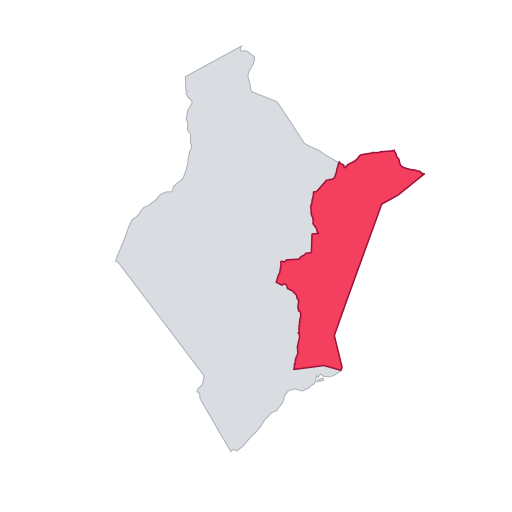 Kenya, with North-Eastern highlighted, rotated 20°
{"feature_id": "KEN-893", "entity_name": "North-Eastern", "entity_type": "Province", "adm_level": 1, "iso_a3": "KEN", "parent_name": "Kenya", "parent_adm1": "", "projection": "natural_earth1", "projection_center": [39.831, 1.103], "detail": "fine", "context": "in_parent", "style": "filled", "palette": "rose", "viewbox_px": 512, "rotation_deg": 20, "n_neighbors": 0, "source": "natural_earth", "source_scale": "10m", "svg_char_len": 7832}
<svg xmlns="http://www.w3.org/2000/svg" viewBox="0 0 512 512"><g transform="rotate(20 256 256)"><path d="M125.8,308.9L125.7,302.5L126.5,286.1L126.4,271.7L127.1,264.5L130.2,260.0L131.6,256.7L132.6,252.0L134.2,248.3L137.9,245.2L138.5,243.5L142.4,238.4L144.7,231.8L146.4,229.5L148.6,227.4L150.2,226.3L152.7,225.3L154.7,224.6L155.0,224.1L155.2,223.0L154.6,219.0L155.4,217.6L156.8,214.9L158.3,212.3L159.7,210.7L160.5,209.1L160.9,206.2L160.9,204.1L160.9,200.8L160.5,193.2L158.8,186.9L157.8,179.8L158.6,177.5L157.3,173.3L156.6,173.1L155.6,172.2L154.3,168.3L153.3,164.7L152.6,163.8L148.3,160.7L146.1,153.3L143.7,151.6L142.3,144.3L142.1,142.2L143.5,134.9L143.4,133.3L141.9,131.7L137.8,130.1L134.5,127.1L134.9,126.1L135.2,125.0L133.4,124.2L128.3,111.7L134.9,104.2L141.5,96.6L150.0,87.0L157.8,78.1L164.6,70.5L170.6,63.7L170.4,65.0L170.4,66.7L171.2,67.8L172.4,68.5L174.1,67.7L175.6,66.7L177.1,66.5L186.1,69.3L187.6,71.8L187.5,74.4L187.9,76.4L187.2,78.3L186.4,84.2L186.7,89.5L189.3,93.5L191.8,96.6L193.7,101.0L195.1,102.4L197.0,103.1L203.2,103.3L212.4,103.5L221.2,103.8L222.0,103.9L223.9,104.5L232.0,110.4L239.4,115.9L245.7,120.6L251.8,125.2L257.8,129.6L262.4,133.3L266.9,134.4L274.3,135.0L279.4,135.2L284.1,136.7L291.1,138.2L296.4,138.9L299.5,139.7L308.3,140.6L309.8,140.1L313.6,136.0L318.0,129.3L319.7,125.7L325.3,122.0L335.1,116.9L342.1,113.3L349.8,109.7L353.3,112.9L358.1,117.9L360.3,120.4L362.0,121.5L364.6,122.2L367.8,122.2L369.6,122.1L373.1,121.4L381.5,120.8L386.3,120.9L382.3,127.5L377.4,135.5L368.6,150.2L361.8,157.9L356.7,163.8L356.3,164.8L356.3,171.3L356.4,187.2L356.5,219.1L356.6,250.9L356.7,282.7L356.7,298.6L356.8,304.0L361.2,310.7L365.6,317.2L371.4,325.8L374.5,330.5L375.0,332.0L374.8,335.1L370.1,341.6L366.2,344.6L360.9,346.0L359.4,345.7L357.3,344.8L356.5,346.3L355.9,348.7L354.7,348.2L353.9,347.5L354.4,351.8L354.9,353.9L354.1,356.8L351.6,359.3L351.4,361.4L345.8,367.0L338.0,367.6L333.9,370.4L332.1,372.6L330.7,377.6L331.2,385.1L329.0,390.9L328.6,393.9L324.5,397.6L322.8,401.1L321.4,404.6L320.3,406.2L318.9,414.1L317.0,418.9L316.5,420.5L316.1,421.9L314.6,424.7L313.7,426.7L313.0,427.9L308.2,440.2L304.5,445.8L301.6,445.1L299.6,447.3L299.4,448.3L298.4,447.7L296.0,445.7L291.0,441.5L285.9,437.4L280.9,433.2L275.9,429.0L270.9,424.8L265.9,420.7L260.9,416.5L255.9,412.3L253.0,409.9L251.7,408.4L250.6,405.5L250.1,404.8L248.8,403.9L247.2,403.7L246.8,403.2L246.8,401.8L247.3,399.8L249.2,395.9L249.4,393.7L249.0,391.1L248.4,387.0L247.9,386.1L244.6,384.0L237.7,379.5L230.7,375.0L223.7,370.5L216.8,366.0L209.8,361.5L202.9,357.0L195.9,352.5L188.9,348.0L182.0,343.5L175.0,339.0L168.1,334.5L161.1,330.0L154.1,325.5L147.2,321.0L140.2,316.6L133.3,312.1L130.7,310.4L128.3,308.9L125.8,308.9ZM357.3,352.6L356.1,352.9L356.7,350.8L360.3,348.0L361.7,348.6L362.0,349.3L361.9,349.8L361.3,350.4L357.3,352.6Z" fill="#d9dde1" stroke="#a8b0b8" stroke-width="1"/><path d="M349.7,109.3L350.4,110.4L352.4,111.9L353.2,113.0L353.8,114.2L354.1,114.5L354.7,114.9L356.2,115.5L356.8,115.9L357.6,116.8L359.7,120.2L361.2,121.5L362.7,122.2L364.5,122.4L367.8,122.2L371.4,122.0L373.1,121.5L373.9,121.4L376.6,120.7L377.1,120.7L377.9,121.1L378.4,121.2L378.9,121.1L380.3,120.2L381.8,120.8L383.2,121.6L384.7,122.0L386.3,120.9L383.6,125.4L380.8,130.0L378.1,134.5L375.4,139.1L373.7,141.8L372.0,144.6L370.3,147.4L368.6,150.2L365.9,153.3L363.3,156.4L360.6,159.4L357.9,162.5L356.8,163.8L356.3,164.8L356.3,166.9L356.4,171.7L356.4,176.8L356.4,179.6L356.4,183.6L356.4,187.7L356.4,191.7L356.4,195.7L356.4,200.4L356.4,205.1L356.4,209.9L356.4,214.6L356.4,219.3L356.4,224.0L356.4,224.7L356.4,228.7L356.4,233.5L356.4,238.2L356.4,242.9L356.4,247.6L356.4,252.3L356.4,257.0L356.4,261.8L356.4,266.5L356.4,271.2L356.5,274.3L356.5,276.9L356.5,279.4L356.6,283.5L356.6,287.6L356.7,291.7L356.7,295.8L356.7,298.5L356.8,301.1L356.8,304.0L357.6,305.2L358.5,306.5L359.3,307.7L360.1,309.0L361.7,311.4L363.4,313.9L365.2,316.6L366.7,318.8L368.3,321.2L370.0,323.7L371.6,326.2L373.3,328.6L374.5,330.5L374.9,331.3L375.0,332.0L374.9,334.4L357.5,335.7L357.3,335.7L332.1,348.8L330.3,349.6L330.2,348.9L330.2,348.6L330.3,348.3L330.2,347.7L329.7,346.6L329.3,344.5L329.0,344.0L329.2,343.8L329.4,343.6L329.5,343.4L329.3,342.9L329.0,341.1L328.9,340.8L328.5,340.4L328.4,340.1L328.4,339.8L328.5,339.4L328.6,339.1L328.4,337.4L328.4,336.7L328.5,336.6L328.7,336.3L328.8,336.0L328.8,335.9L328.6,334.9L328.5,332.5L328.3,331.9L327.8,331.4L327.6,331.0L326.2,327.7L326.0,327.4L325.9,327.0L325.7,324.6L325.4,323.2L325.2,321.8L325.0,318.6L324.6,317.1L323.9,316.1L323.8,315.3L323.4,314.6L322.8,314.0L322.1,314.0L322.4,313.3L322.5,313.0L322.8,312.7L322.3,312.1L321.1,309.4L320.9,308.4L320.7,307.7L320.3,306.9L320.3,306.2L320.3,305.9L319.8,304.2L319.7,303.9L319.8,303.6L319.8,303.3L319.9,302.8L319.7,302.8L319.4,302.8L319.3,302.5L319.2,301.3L318.8,300.0L318.7,299.5L319.0,298.9L318.7,298.6L318.7,298.0L318.7,297.4L318.7,297.1L317.7,295.4L317.6,294.8L317.4,294.2L317.1,293.8L316.7,293.5L316.2,293.3L315.4,293.2L315.0,293.0L314.9,292.7L314.0,291.6L313.8,291.6L313.8,291.0L313.7,290.6L313.4,290.3L313.1,290.2L312.8,289.6L311.6,284.2L311.1,283.3L310.6,282.9L310.5,282.7L310.2,282.1L310.0,281.9L309.7,281.7L309.2,281.8L308.9,281.6L308.5,280.6L308.3,280.2L307.9,279.9L307.6,279.3L307.2,278.8L306.6,278.5L306.2,278.2L305.1,277.9L304.9,277.9L304.8,277.7L304.6,277.4L304.3,277.3L303.4,277.1L303.0,276.8L302.7,276.5L302.2,276.2L301.5,276.1L300.8,276.3L300.2,276.4L299.6,276.0L296.8,275.9L295.1,273.5L294.7,273.1L294.4,272.8L294.3,272.6L294.0,272.5L293.0,272.5L292.0,272.8L291.5,273.0L291.1,273.2L290.9,273.6L290.7,274.1L290.4,274.5L290.0,274.6L283.9,273.6L283.6,265.7L283.9,264.9L284.0,264.7L284.0,264.4L283.9,263.0L282.1,254.2L281.4,253.5L281.3,253.4L281.2,253.2L281.3,253.0L281.4,252.7L281.5,252.6L282.2,252.1L282.3,252.1L282.5,252.0L284.5,251.7L284.8,251.6L285.0,251.4L285.5,250.5L285.9,249.5L286.0,249.3L286.1,249.2L286.3,249.1L286.5,249.0L297.3,244.3L297.5,244.1L297.6,243.9L297.7,243.4L297.7,243.1L298.1,242.2L299.0,240.7L299.5,240.1L300.2,239.5L300.6,239.1L301.0,238.5L302.0,236.4L302.2,236.1L306.1,234.4L306.5,234.2L306.7,233.6L306.7,233.4L301.3,216.7L301.2,216.3L301.4,216.0L301.8,215.8L306.9,213.4L306.9,213.2L306.2,212.8L306.1,212.7L305.9,212.6L305.7,212.3L305.6,212.2L305.3,212.1L305.1,212.0L305.0,211.9L304.2,210.9L304.1,210.6L304.0,210.4L303.9,210.2L303.8,209.9L303.5,209.6L303.3,209.4L301.3,208.1L301.1,207.9L300.6,207.4L300.0,207.0L299.2,206.7L298.9,206.5L298.5,205.9L298.4,205.8L298.3,205.6L298.2,205.5L297.9,203.8L297.6,203.0L297.4,202.8L297.1,202.3L297.0,202.2L296.9,202.0L296.6,201.3L296.3,200.7L296.2,200.5L295.7,200.0L294.6,199.2L294.4,198.9L293.0,196.6L292.1,194.3L291.6,192.7L291.4,192.4L291.2,192.1L291.0,191.9L290.9,191.8L290.7,191.2L290.5,190.9L290.3,190.6L290.3,190.2L290.3,189.6L290.4,188.4L290.4,187.5L290.3,187.3L290.1,185.9L290.1,185.7L289.9,185.3L289.5,183.0L289.4,180.9L289.0,178.6L288.5,177.5L288.3,176.9L288.3,176.7L288.3,176.4L288.3,176.2L288.4,175.9L288.8,175.7L290.6,175.1L291.2,173.9L295.3,163.4L295.5,163.3L295.7,163.1L295.7,162.3L295.7,161.8L295.8,161.5L295.9,161.3L296.1,160.9L296.3,160.7L296.5,160.6L296.7,160.4L297.6,160.2L297.9,160.0L298.1,159.9L298.7,159.2L298.9,159.0L299.2,158.8L300.9,158.2L301.2,158.0L301.4,157.8L301.8,157.2L301.9,156.9L302.6,156.4L302.7,156.2L302.8,155.9L302.9,155.3L302.9,150.3L302.6,148.1L302.3,146.8L301.9,139.8L301.9,139.2L302.1,139.1L302.5,139.1L302.6,139.5L302.3,140.2L306.4,140.4L307.4,140.8L307.7,141.2L307.9,141.7L308.1,142.2L308.6,142.6L309.7,142.5L310.2,141.5L310.9,139.0L311.8,137.8L313.9,135.6L316.5,132.9L317.1,131.9L317.7,130.8L318.6,128.0L319.2,126.0L319.9,125.1L322.7,123.5L325.5,121.9L328.6,120.2L330.1,119.3L330.3,119.1L330.2,118.9L330.3,118.7L330.6,118.7L330.7,118.8L330.8,118.8L334.2,117.5L336.7,116.5L336.9,116.3L337.1,115.7L337.3,115.5L341.5,113.6L345.0,112.1L347.7,110.9L349.7,109.3Z" fill="#f43f5e" stroke="#9f1239" stroke-width="1.5"/></g></svg>